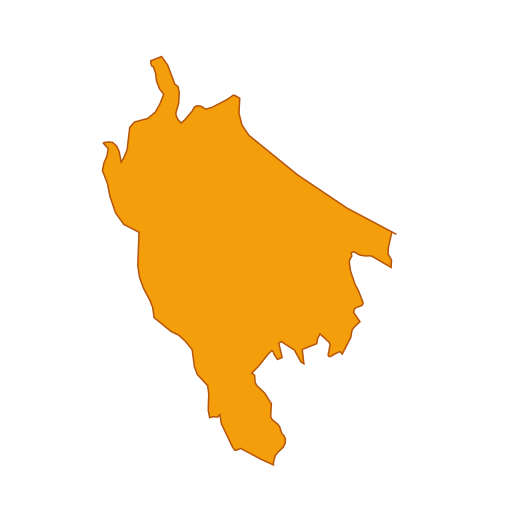 the Province of Zuid-Holland, rotated 83°
{"feature_id": "NLD-3485", "entity_name": "Zuid-Holland", "entity_type": "Province", "adm_level": 1, "iso_a3": "NLD", "parent_name": "Netherlands", "parent_adm1": "", "projection": "natural_earth1", "projection_center": [4.558, 51.987], "detail": "fine", "context": "isolated", "style": "filled", "palette": "amber", "viewbox_px": 512, "rotation_deg": 83, "n_neighbors": 0, "source": "natural_earth", "source_scale": "10m", "svg_char_len": 2286}
<svg xmlns="http://www.w3.org/2000/svg" viewBox="0 0 512 512"><g transform="rotate(83 256 256)"><path d="M125.3,394.2L124.9,392.6L124.9,388.0L125.8,384.5L130.0,380.9L135.5,379.1L146.3,378.4L142.9,375.6L134.9,371.0L112.8,365.6L108.2,360.3L106.3,346.8L100.9,338.3L93.3,332.8L84.3,327.9L78.3,331.4L70.2,333.4L62.0,333.4L55.8,334.8L54.6,336.4L52.4,336.8L49.4,336.7L46.5,325.4L55.7,320.4L75.6,315.6L78.4,312.7L84.6,312.3L95.2,314.2L104.0,318.0L105.3,318.2L107.7,318.0L111.0,316.8L114.9,314.2L112.5,310.5L104.4,301.6L102.3,300.2L100.4,298.6L99.7,296.0L100.4,292.9L101.9,290.6L103.4,289.0L104.1,287.7L103.1,281.5L97.1,265.5L93.5,258.7L95.3,255.6L97.5,252.9L112.3,255.5L124.5,253.9L135.4,248.3L180.7,204.7L219.5,159.9L251.6,114.0L248.7,118.2L262.6,123.2L264.4,123.7L270.1,124.7L276.6,122.0L283.8,123.3L270.5,140.8L270.0,141.8L269.6,143.5L269.3,147.3L267.8,152.8L263.8,158.1L264.3,161.1L267.8,160.9L271.0,163.3L272.5,163.9L274.6,164.2L282.4,164.0L296.0,161.2L302.7,158.6L315.6,155.3L317.2,156.2L318.0,156.8L319.4,162.8L320.5,164.7L323.8,166.0L333.9,160.8L338.0,166.5L339.6,168.2L341.5,169.8L348.5,171.9L363.9,182.4L361.1,184.2L362.4,188.7L364.4,193.2L364.9,194.6L364.8,195.5L364.1,196.2L362.8,196.5L357.6,194.6L356.0,194.3L354.9,193.9L353.9,193.2L352.2,193.5L350.7,193.9L343.1,200.3L341.2,202.0L345.6,205.0L350.4,206.4L354.4,221.5L368.8,221.6L366.5,224.4L354.0,229.3L344.0,241.4L345.4,244.0L359.9,242.4L361.3,247.3L357.3,249.3L355.0,250.2L352.9,250.7L351.9,251.9L354.7,255.8L364.9,266.0L371.9,274.5L374.0,271.9L381.2,272.3L384.4,271.2L393.3,264.0L403.5,259.3L404.1,258.7L417.3,261.0L420.5,259.9L425.1,255.3L427.9,253.5L435.1,252.0L437.9,250.2L440.9,249.1L445.2,249.8L449.1,252.2L453.5,258.2L456.5,261.2L462.5,263.7L465.5,264.1L457.7,276.9L456.2,278.9L445.1,294.7L445.7,297.0L446.3,298.8L446.3,300.0L446.0,300.9L442.7,302.6L418.3,310.8L409.1,311.2L411.2,313.7L411.1,314.5L410.3,317.7L410.7,321.7L403.2,322.2L387.0,319.7L378.8,319.8L366.6,328.6L358.7,330.6L341.2,330.8L332.1,336.4L325.2,342.3L320.6,349.5L304.7,364.7L294.7,364.8L287.4,366.6L274.3,371.6L263.2,374.2L251.0,374.5L218.2,369.2L208.5,383.4L196.1,390.1L179.1,393.7L166.0,394.6L152.9,397.9L152.6,398.0L145.4,395.7L138.7,391.8L131.5,389.6L126.2,393.2L125.3,394.1L125.3,394.2Z" fill="#f59e0b" stroke="#b45309" stroke-width="1.5"/></g></svg>